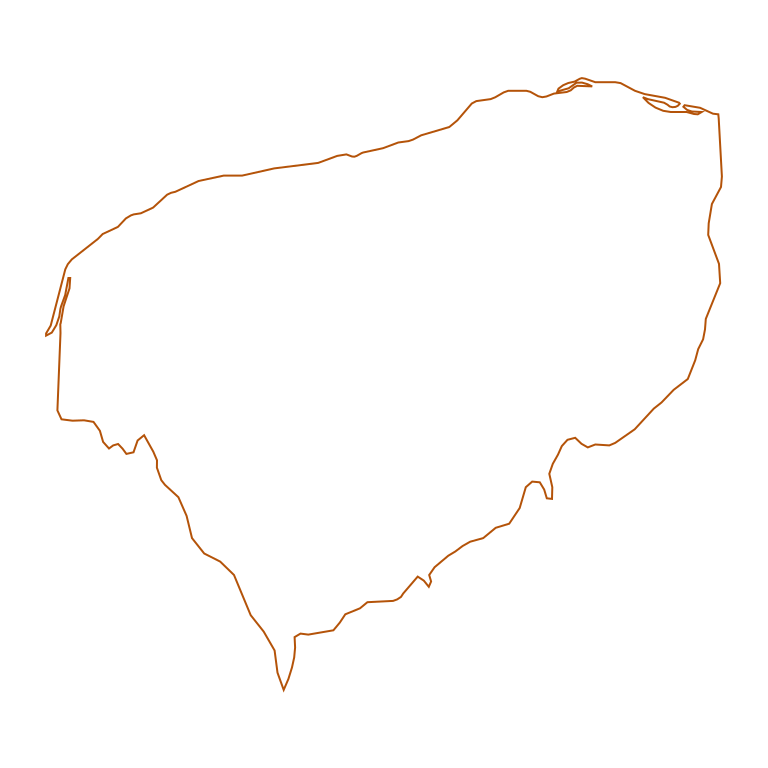 outline of Yucatán
{"feature_id": "MEX-2737", "entity_name": "Yucatán", "entity_type": "State", "adm_level": 1, "iso_a3": "MEX", "parent_name": "Mexico", "parent_adm1": "", "projection": "equal_earth", "projection_center": [-88.855, 20.634], "detail": "fine", "context": "isolated", "style": "outline", "palette": "amber", "viewbox_px": 768, "rotation_deg": 0, "n_neighbors": 0, "source": "natural_earth", "source_scale": "10m", "svg_char_len": 2560}
<svg xmlns="http://www.w3.org/2000/svg" viewBox="0 0 768 768"><path d="M60.3,324.2L60.7,323.1L63.6,306.3L69.5,288.4L70.2,278.0L68.4,278.0L65.2,295.0L61.0,306.6L60.4,308.9L59.3,316.4L56.3,325.2L51.8,332.6L46.1,335.6L46.1,333.4L50.7,325.6L65.3,269.3L67.8,264.2L71.8,259.4L97.9,238.9L102.7,234.0L117.9,226.9L125.9,218.4L130.9,215.4L133.7,214.4L140.8,213.3L153.1,207.6L167.1,194.7L171.1,192.8L175.3,191.8L198.6,181.0L223.7,175.6L242.1,175.6L274.2,168.4L318.2,162.9L337.2,155.9L346.4,154.4L352.0,156.5L354.4,156.7L356.7,155.9L361.6,153.1L363.2,152.5L383.0,148.2L398.3,142.5L408.6,141.1L413.0,139.6L421.2,135.3L449.3,127.0L457.4,120.3L471.8,103.5L476.3,101.1L490.7,99.1L495.2,97.3L503.7,92.4L508.2,90.8L526.4,90.8L530.3,91.8L538.2,96.2L542.3,97.2L546.4,96.5L553.9,93.6L566.7,92.0L570.8,90.3L573.9,87.5L577.3,85.8L592.2,86.4L587.6,84.2L582.0,82.6L576.6,82.7L568.6,88.3L559.3,90.9L557.4,91.2L558.5,88.6L563.2,85.2L568.3,83.0L574.6,81.6L579.7,78.8L581.8,78.1L585.2,78.7L595.3,82.2L615.2,82.2L620.6,83.1L635.0,90.8L644.7,94.1L665.1,97.8L679.0,102.7L679.8,103.7L677.8,105.8L675.5,106.9L672.5,107.2L669.7,106.5L667.5,104.7L664.0,102.7L647.8,99.1L642.9,97.2L648.5,102.9L655.5,107.6L663.2,110.8L670.7,112.0L686.6,112.0L694.0,114.0L697.8,114.3L701.7,112.0L691.8,111.5L687.1,109.9L683.4,106.8L684.6,105.2L700.1,107.8L713.0,113.7L718.3,114.3L718.7,118.4L721.9,176.6L721.0,187.0L711.9,204.0L708.7,223.3L708.2,234.9L719.0,263.9L720.2,283.2L705.8,318.9L705.0,329.4L703.1,339.3L698.2,349.1L695.2,360.3L687.8,379.0L673.7,389.8L661.5,402.5L653.8,408.6L634.7,429.3L615.2,442.9L609.3,445.4L595.3,444.5L587.8,447.4L581.5,443.8L575.2,437.8L567.5,439.8L561.8,446.1L558.0,454.6L552.8,463.8L549.3,473.8L552.3,487.2L552.0,498.9L546.8,498.3L544.2,489.6L539.8,482.3L532.2,481.6L525.8,487.2L519.7,508.0L509.2,523.7L495.7,527.8L483.2,538.1L470.2,541.7L462.6,546.0L455.3,551.5L448.3,555.7L434.6,567.2L429.2,575.0L431.1,581.5L428.8,586.8L423.8,580.6L417.7,576.6L403.2,593.5L401.0,596.9L397.2,599.4L393.1,600.9L367.4,602.2L360.0,608.3L345.3,614.3L339.8,622.6L333.4,630.3L308.3,634.6L300.5,633.6L294.6,637.1L295.1,647.5L294.2,657.4L292.0,667.4L288.4,679.0L283.7,689.9L277.5,672.7L274.6,650.5L263.7,631.6L250.7,615.2L234.0,575.0L220.2,561.6L204.2,553.5L192.0,538.1L186.6,515.9L178.4,497.2L165.0,484.9L161.3,480.2L156.9,467.7L157.0,460.3L153.3,451.7L144.1,435.2L137.6,440.5L133.5,452.3L126.4,453.9L122.5,448.6L118.1,444.0L113.2,445.4L109.0,448.5L103.1,441.9L99.9,430.8L93.5,421.9L84.0,420.3L72.5,420.7L61.5,419.3L57.4,410.4L60.5,333.1L60.3,324.2Z" fill="none" stroke="#b45309" stroke-width="2"/></svg>